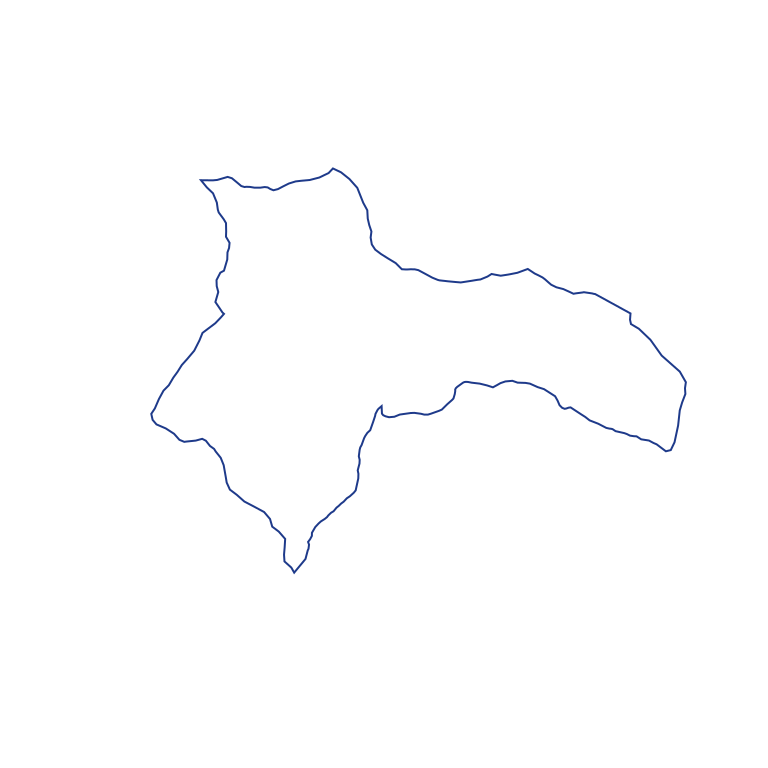 the district of Genye, Thimphu, Bhutan, rotated 37°
{"feature_id": "84629894B67329763670216", "entity_name": "Genye", "entity_type": "district", "adm_level": 2, "iso_a3": "BTN", "parent_name": "Bhutan", "parent_adm1": "Thimphu", "projection": "mercator", "projection_center": [89.615, 27.302], "detail": "fine", "context": "isolated", "style": "outline", "palette": "blue", "viewbox_px": 768, "rotation_deg": 37, "n_neighbors": 0, "source": "geoboundaries", "source_scale": "gbopen_adm2", "svg_char_len": 3633}
<svg xmlns="http://www.w3.org/2000/svg" viewBox="0 0 768 768"><g transform="rotate(37 384 384)"><path d="M425.8,588.7L426.6,571.0L423.2,562.7L422.9,561.1L420.8,557.4L418.4,555.8L418.4,552.5L417.8,548.7L416.0,546.2L415.2,539.6L415.7,534.8L416.3,531.7L417.9,527.4L418.6,524.6L418.6,522.5L419.2,518.7L420.3,516.0L420.5,511.3L421.2,508.6L421.7,505.3L422.6,502.3L423.1,497.6L424.3,494.2L425.3,489.0L425.4,486.0L420.3,474.9L417.6,471.1L415.0,468.8L412.3,462.3L410.2,459.2L407.4,456.9L404.1,451.1L403.2,448.9L402.9,446.4L400.7,439.2L400.3,436.8L400.1,433.0L400.8,429.2L398.2,421.0L396.1,414.8L395.2,413.0L394.5,408.9L394.5,407.2L395.4,403.1L397.7,405.9L400.2,408.9L402.1,409.4L404.6,408.9L408.0,407.5L412.0,403.9L415.0,398.9L422.8,391.1L425.6,388.8L431.5,385.5L434.6,384.2L437.5,382.0L439.4,379.4L444.1,372.3L445.6,369.6L446.7,362.1L448.0,355.7L448.2,353.8L446.6,349.5L445.1,346.7L444.2,345.6L443.9,344.2L444.2,342.2L446.3,335.4L447.0,334.1L448.1,333.0L449.9,331.8L453.2,330.2L460.2,326.1L467.2,323.1L473.0,321.1L475.0,316.7L476.5,313.2L479.4,308.9L484.6,304.2L489.9,302.5L496.3,298.0L500.3,295.9L508.6,294.0L514.9,291.8L528.0,290.8L532.6,292.8L537.0,295.3L540.6,295.8L543.2,295.1L544.3,293.9L545.7,291.8L547.1,290.4L559.4,289.6L564.5,289.2L570.1,289.3L579.0,286.8L587.9,285.3L590.8,284.0L592.3,283.1L593.7,282.5L597.3,282.3L605.5,278.6L608.1,277.8L611.5,277.2L615.0,275.3L617.2,273.8L622.7,273.4L629.6,269.7L634.8,268.9L638.0,268.1L645.2,268.1L649.6,268.1L652.8,264.2L651.1,255.7L643.9,240.2L636.1,227.1L633.2,219.3L630.7,210.6L626.9,206.2L624.0,200.9L612.8,196.1L588.7,194.2L570.3,188.4L554.3,186.5L545.2,187.5L541.8,184.6L538.4,179.3L498.5,185.1L497.2,185.8L495.7,186.4L492.6,188.1L488.4,190.4L487.4,191.5L482.7,196.1L481.0,197.9L477.1,198.7L470.0,200.3L468.1,201.1L463.5,203.0L457.8,204.1L454.5,203.9L449.5,203.5L446.5,203.5L442.3,204.2L437.8,205.1L434.2,205.3L432.7,205.4L429.6,205.6L425.6,211.8L423.6,214.9L420.9,217.9L418.5,220.6L417.1,222.1L413.2,226.1L412.0,227.3L406.6,230.0L403.7,231.4L402.0,235.9L398.1,242.5L396.1,244.4L393.7,246.9L392.0,248.7L384.2,256.7L379.6,259.6L373.1,263.6L370.7,265.0L366.0,267.8L364.3,268.5L358.6,270.0L350.6,271.2L347.4,271.7L342.9,272.4L339.6,273.9L336.0,276.5L334.9,277.5L332.8,279.2L329.2,281.6L326.9,281.3L320.6,280.4L311.7,281.3L303.4,282.0L296.2,282.0L290.3,279.9L285.2,275.1L282.2,269.8L276.5,265.9L271.5,261.7L266.1,255.3L258.4,251.8L244.6,243.4L233.0,241.1L222.3,240.8L213.5,242.6L212.8,248.9L210.5,253.3L209.7,254.9L208.1,258.0L201.9,265.8L195.6,271.5L191.5,275.4L187.4,281.1L184.7,286.5L182.0,292.2L179.1,295.8L175.8,296.7L172.8,297.0L170.2,298.5L169.0,299.7L167.2,301.5L165.4,302.9L162.5,305.1L158.3,307.3L155.3,309.4L154.1,310.6L150.9,311.8L145.5,311.5L138.7,311.2L134.5,312.7L130.7,317.8L128.0,321.4L124.7,324.4L115.2,331.4L124.2,333.6L132.7,334.6L141.3,339.7L146.4,344.8L148.8,346.5L156.9,348.9L161.0,350.6L166.1,357.1L169.2,361.5L175.7,364.2L178.4,368.6L179.8,373.1L183.9,378.9L188.0,389.8L186.3,393.6L187.7,401.8L191.5,406.5L196.3,410.3L200.0,420.0L207.9,422.7L211.9,424.1L214.0,424.3L213.6,429.5L212.7,437.0L208.3,452.4L210.4,460.3L212.4,471.6L211.8,482.5L211.1,490.5L211.8,498.7L211.9,505.6L212.9,514.5L211.9,522.0L213.3,531.5L215.7,541.4L216.1,547.9L220.8,551.9L226.6,553.2L236.5,550.8L246.3,550.1L254.2,551.7L259.3,550.4L260.7,549.0L267.7,542.5L271.8,537.2L275.9,536.5L282.3,538.2L287.4,538.1L290.2,539.2L298.0,541.2L304.8,545.3L313.7,553.6L317.7,557.4L324.5,561.1L333.1,561.1L343.2,561.9L354.1,560.1L365.3,558.4L374.2,560.4L380.6,565.2L388.8,565.2L398.3,567.2L402.8,574.0L406.9,580.5L411.3,585.6L420.5,586.4L425.8,588.7Z" fill="none" stroke="#1e3a8a" stroke-width="2"/></g></svg>